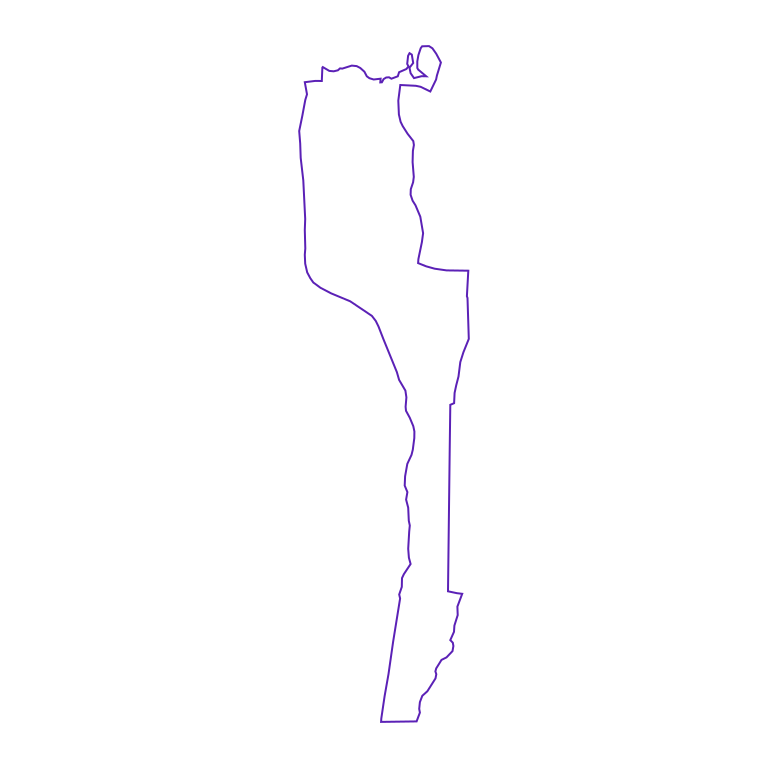 outline of Gagaemauga I (PART), A'ana, Samoa
{"feature_id": "51752279B78880498357537", "entity_name": "Gagaemauga I (PART)", "entity_type": "district", "adm_level": 2, "iso_a3": "WSM", "parent_name": "Samoa", "parent_adm1": "A'ana", "projection": "albers", "projection_center": [-171.869, -13.827], "detail": "fine", "context": "isolated", "style": "outline", "palette": "violet", "viewbox_px": 768, "rotation_deg": 0, "n_neighbors": 0, "source": "geoboundaries", "source_scale": "gbopen_adm2", "svg_char_len": 2098}
<svg xmlns="http://www.w3.org/2000/svg" viewBox="0 0 768 768"><path d="M436.1,79.5L436.9,75.6L440.9,62.5L436.2,53.7L432.4,48.3L429.0,46.1L422.1,46.3L420.7,48.2L418.4,55.1L417.3,61.4L417.3,68.0L418.2,69.6L426.2,76.3L421.6,76.2L414.0,78.1L410.6,73.2L409.5,67.7L413.2,63.0L411.8,54.6L409.5,53.2L408.1,55.8L407.2,63.9L408.5,66.4L406.4,69.0L399.1,72.2L397.8,76.3L391.4,78.7L389.0,77.3L386.2,77.5L383.6,79.1L381.9,82.3L380.3,82.4L380.6,78.7L373.7,79.5L369.4,78.2L366.8,76.3L364.4,71.7L360.3,68.0L356.7,66.1L351.8,65.6L342.3,68.6L340.0,68.4L337.9,70.3L333.7,71.3L329.3,70.9L322.0,66.6L322.4,66.9L321.8,81.0L315.3,80.9L304.8,82.2L307.0,94.3L305.3,99.9L302.3,115.9L299.2,131.0L300.2,143.5L300.7,157.9L303.3,180.5L305.2,219.0L304.8,230.1L305.3,248.5L304.8,254.7L305.2,263.7L307.2,272.4L310.3,278.2L313.3,282.5L320.5,287.8L331.0,293.3L350.2,301.3L371.9,315.9L375.8,321.0L378.5,326.5L383.4,339.1L396.9,372.2L399.1,379.9L405.4,390.6L406.4,397.4L405.6,406.8L406.0,410.8L409.8,417.8L413.3,426.2L414.4,431.5L414.3,438.1L412.8,449.7L411.5,454.9L407.3,463.9L405.1,476.3L404.7,485.6L407.4,492.1L406.1,499.6L408.2,507.7L408.8,520.8L409.8,525.5L409.2,531.6L408.2,548.8L408.9,557.7L410.6,564.0L403.9,574.1L402.0,578.1L401.8,586.9L399.2,594.5L400.1,598.5L393.1,641.9L388.5,674.1L384.6,696.2L381.3,718.5L381.1,721.9L416.6,721.4L419.9,712.6L419.2,708.9L419.9,702.1L422.3,695.8L427.4,691.2L435.5,678.4L436.3,674.2L435.4,671.4L436.2,668.4L441.5,659.9L446.5,657.4L452.5,651.1L453.4,646.0L452.8,642.7L450.3,640.1L454.0,631.8L454.4,625.6L457.7,615.1L457.4,606.6L462.2,593.8L457.0,593.2L448.0,591.3L449.7,450.4L450.3,404.8L454.1,403.2L454.6,392.9L456.2,385.4L458.5,376.5L460.3,362.1L463.4,352.3L468.8,338.9L467.5,298.0L466.9,296.2L468.3,270.7L446.6,270.4L434.7,268.7L426.1,266.3L418.1,263.1L418.4,259.1L421.9,242.1L423.1,233.2L420.3,216.7L415.5,205.3L412.6,200.7L410.6,194.8L410.8,189.2L413.1,182.3L413.8,176.9L412.6,162.1L412.9,150.9L413.9,145.0L413.3,141.1L407.6,133.8L402.7,126.1L400.6,121.8L398.9,114.5L398.3,100.6L400.3,85.0L415.9,85.8L420.6,86.8L430.3,91.5L436.1,79.5Z" fill="none" stroke="#5b21b6" stroke-width="2"/></svg>